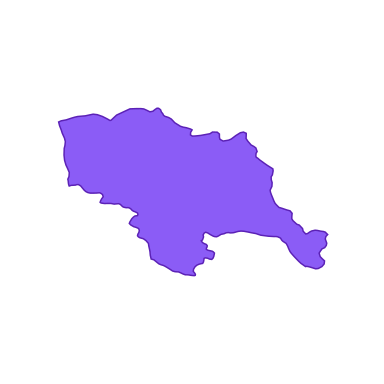 Hantsavichy, Brest, Belarus, rotated 32°
{"feature_id": "67162791B6713137002494", "entity_name": "Hantsavichy", "entity_type": "district", "adm_level": 2, "iso_a3": "BLR", "parent_name": "Belarus", "parent_adm1": "Brest", "projection": "natural_earth1", "projection_center": [26.586, 52.677], "detail": "fine", "context": "isolated", "style": "filled", "palette": "violet", "viewbox_px": 384, "rotation_deg": 32, "n_neighbors": 0, "source": "geoboundaries", "source_scale": "gbopen_adm2", "svg_char_len": 4096}
<svg xmlns="http://www.w3.org/2000/svg" viewBox="0 0 384 384"><g transform="rotate(32 192 192)"><path d="M327.6,195.1L327.6,194.9L329.7,193.8L332.2,193.0L337.6,191.6L339.6,190.0L341.7,186.4L342.2,183.0L340.9,180.2L337.8,179.6L335.0,178.9L332.2,176.5L332.2,174.1L332.4,171.3L334.0,168.9L334.2,166.2L333.4,164.0L330.9,162.0L329.9,161.2L329.1,158.8L329.6,156.2L326.6,155.5L326.5,155.4L324.5,155.8L321.9,157.0L318.6,158.2L316.6,159.2L314.0,161.8L313.0,163.6L312.0,166.0L310.7,167.3L307.1,166.4L305.1,164.4L300.5,163.2L297.9,163.8L292.8,162.8L290.8,161.8L289.5,159.6L288.2,157.0L285.1,156.0L281.8,157.0L276.7,158.2L273.9,159.0L270.6,158.2L268.5,157.6L266.2,156.2L263.9,154.5L261.1,152.5L258.8,150.7L257.3,149.1L257.0,146.7L256.8,144.9L255.0,141.6L252.7,139.6L251.1,137.2L251.1,134.9L249.6,131.1L248.3,129.5L245.5,129.5L241.7,129.5L238.1,129.3L232.2,128.9L229.9,128.5L228.1,128.5L227.1,127.7L225.8,125.2L225.8,123.2L222.8,120.8L220.2,120.6L217.2,120.8L212.6,119.4L209.5,118.0L208.0,115.3L206.9,113.5L203.9,113.9L201.6,116.1L199.3,120.8L197.2,126.3L195.5,128.7L191.4,132.3L187.8,132.5L186.3,131.1L184.5,128.3L181.7,127.9L177.6,130.3L176.3,133.1L169.4,139.4L165.3,142.6L162.7,144.4L160.4,144.4L159.2,142.0L159.2,139.4L159.1,139.2L157.2,139.4L153.1,140.5L150.1,141.7L147.3,142.4L140.7,142.4L138.5,141.8L135.8,141.1L132.8,141.2L130.7,141.7L128.8,142.2L127.1,142.0L125.8,141.1L123.7,140.4L121.7,138.9L119.3,138.7L117.9,139.5L116.9,141.7L116.0,144.3L113.8,146.3L110.0,146.7L107.1,147.1L104.4,148.4L100.3,151.0L95.3,154.4L91.7,159.9L89.5,163.3L87.3,166.7L86.4,170.0L85.4,173.9L84.6,174.8L81.6,174.9L76.0,175.4L70.7,176.6L66.9,178.4L64.2,181.0L61.1,184.0L55.1,188.5L52.7,190.9L50.5,193.4L47.1,197.5L43.3,201.0L42.0,203.0L41.8,203.3L44.5,205.9L48.5,208.9L50.7,210.8L55.3,213.9L57.9,216.4L59.6,219.9L60.5,222.7L63.9,228.5L67.2,232.7L70.8,235.9L74.2,238.1L77.6,240.5L79.5,244.1L79.9,246.9L81.2,248.3L82.5,250.0L83.6,251.2L84.7,252.0L86.0,250.4L87.7,249.2L89.5,247.9L90.5,246.7L91.8,245.9L94.3,245.8L97.3,246.8L99.7,247.6L101.8,247.9L103.9,247.7L106.2,246.9L108.5,245.5L111.4,243.6L114.1,241.6L115.7,241.4L117.5,241.6L119.2,243.1L119.0,245.5L119.1,247.2L119.3,248.6L119.6,249.5L120.8,249.5L124.0,248.1L126.2,246.6L128.1,245.4L129.5,244.6L132.4,243.5L134.6,241.8L136.1,240.7L137.9,240.5L139.9,241.0L141.6,241.2L143.2,240.7L144.5,240.2L146.1,239.1L147.5,238.7L149.3,238.8L151.0,239.3L152.6,239.3L154.5,238.9L157.0,238.7L158.0,239.7L158.3,240.9L156.3,242.6L155.6,244.3L155.3,245.7L155.1,246.9L155.2,250.4L155.5,251.9L157.5,252.4L161.0,252.3L163.0,251.7L165.3,251.3L166.5,251.5L167.8,252.7L168.4,254.6L168.4,255.9L168.6,257.0L169.0,258.0L170.1,258.4L171.5,258.5L172.5,258.3L175.5,257.4L178.7,257.6L182.3,258.7L183.7,260.4L186.9,263.7L188.1,265.0L188.9,266.1L190.2,267.8L191.6,269.2L192.9,270.5L193.1,270.4L195.6,269.7L198.0,270.0L199.4,270.2L202.0,270.5L204.4,270.1L206.4,269.5L208.0,269.3L210.6,269.2L214.7,269.2L217.4,269.3L219.8,268.6L221.7,267.6L222.9,266.9L225.8,266.5L227.7,266.3L230.1,265.8L231.9,264.7L233.3,264.0L235.1,263.3L236.8,262.5L238.3,261.7L238.9,261.0L238.5,260.0L237.4,259.4L235.1,258.6L234.2,256.5L234.2,253.8L234.9,251.5L236.3,249.4L237.4,248.3L238.9,246.9L238.8,245.2L238.0,243.2L237.4,241.9L238.2,240.8L240.3,239.9L242.5,239.6L244.5,238.7L244.9,236.9L244.6,235.1L243.7,232.6L243.4,231.9L241.9,231.5L240.5,231.5L238.2,232.3L236.2,233.0L234.5,233.0L233.9,231.8L233.9,230.5L233.2,229.3L231.7,228.9L229.7,229.3L227.7,229.3L225.7,228.5L226.3,227.1L225.9,225.3L225.6,224.0L224.2,222.5L224.1,220.4L224.9,218.9L226.9,218.4L230.3,218.4L233.5,218.2L234.9,217.8L236.5,217.0L237.3,216.0L237.9,214.9L239.1,212.5L241.4,210.3L242.5,208.6L244.2,207.2L246.3,206.3L248.3,204.9L249.1,204.2L250.6,202.5L252.0,201.0L254.2,199.2L256.8,197.8L261.1,196.1L263.7,195.2L268.2,193.4L273.2,192.2L276.5,190.7L280.0,189.1L282.8,187.6L285.2,186.3L286.9,185.2L288.3,184.6L289.7,184.4L291.5,184.2L293.4,185.2L294.9,185.6L297.2,185.7L299.1,185.7L301.8,187.2L303.8,188.7L306.6,190.5L308.8,191.4L312.9,192.6L316.0,193.4L319.2,194.2L322.3,194.8L324.5,194.9L327.6,195.1Z" fill="#8b5cf6" stroke="#5b21b6" stroke-width="1.5"/></g></svg>